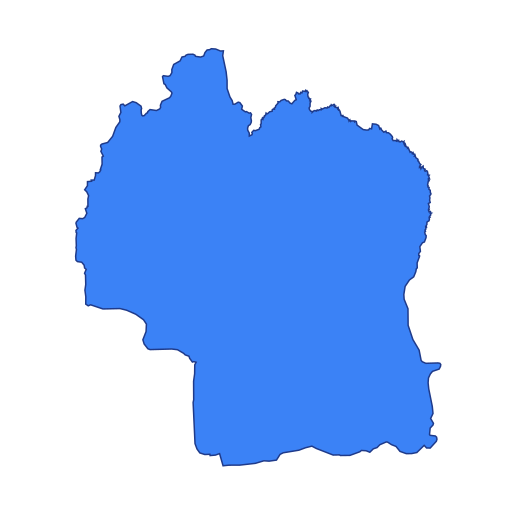 Khiri Mat, Sukhothai, Thailand, rotated 175°
{"feature_id": "78962969B829046276221", "entity_name": "Khiri Mat", "entity_type": "district", "adm_level": 2, "iso_a3": "THA", "parent_name": "Thailand", "parent_adm1": "Sukhothai", "projection": "natural_earth1", "projection_center": [99.689, 16.826], "detail": "fine", "context": "isolated", "style": "filled", "palette": "blue", "viewbox_px": 512, "rotation_deg": 175, "n_neighbors": 0, "source": "geoboundaries", "source_scale": "gbopen_adm2", "svg_char_len": 5983}
<svg xmlns="http://www.w3.org/2000/svg" viewBox="0 0 512 512"><g transform="rotate(175 256 256)"><path d="M76.9,315.9L77.1,316.5L77.6,316.4L77.5,317.9L76.4,317.7L77.1,320.7L76.4,321.4L78.0,322.0L77.6,323.0L77.9,325.5L78.7,326.1L80.1,325.7L80.6,326.7L79.9,327.7L81.7,328.7L81.7,331.0L83.1,330.2L84.1,328.6L84.4,330.2L85.4,329.9L85.2,331.1L83.8,332.7L85.0,333.9L85.8,336.3L86.5,336.7L86.2,338.2L88.3,340.1L88.6,341.8L89.4,341.7L88.8,342.9L89.0,343.6L90.3,343.7L90.5,345.2L91.4,344.5L91.7,345.8L92.6,346.3L93.4,345.9L94.8,350.2L95.6,350.0L95.3,351.1L96.6,351.5L97.0,352.4L97.7,352.2L98.4,353.7L97.4,353.8L97.6,354.8L98.0,355.5L98.7,355.1L99.1,356.1L98.7,357.2L99.3,356.9L100.9,357.8L102.4,357.1L103.6,357.5L103.8,358.8L104.8,358.4L105.4,359.6L105.9,358.1L107.1,358.9L109.3,359.0L110.2,360.9L109.6,361.8L109.8,363.1L111.5,365.6L113.3,367.2L115.3,367.5L115.7,369.1L117.9,368.2L120.1,370.9L120.4,372.4L121.0,372.6L121.6,371.9L122.5,375.3L124.9,376.8L128.5,377.5L129.8,372.6L131.7,373.2L132.8,371.8L134.8,371.8L138.2,372.6L143.9,377.6L144.4,381.2L145.6,381.8L146.1,381.1L146.6,382.0L149.4,382.3L149.9,381.8L150.4,382.9L151.3,382.4L151.0,383.4L151.7,383.1L152.8,385.4L157.0,387.4L157.1,388.1L157.8,387.7L158.0,388.5L159.0,388.5L159.7,392.8L160.3,394.2L160.9,394.1L161.2,396.4L161.7,395.8L161.8,396.8L162.8,396.7L164.3,397.5L163.7,398.3L165.0,398.5L164.4,399.5L165.0,400.3L167.3,399.3L167.8,400.0L168.1,399.2L168.8,399.4L170.5,397.6L171.7,398.2L172.3,397.2L174.4,397.7L177.1,396.6L178.2,397.3L178.3,396.0L180.1,396.2L181.4,395.5L181.9,396.1L183.2,395.8L183.2,395.2L185.4,395.8L187.5,394.2L187.4,395.1L188.9,395.5L190.0,397.3L190.2,398.8L189.1,400.4L188.8,403.6L187.9,405.2L188.8,405.8L188.1,406.4L188.7,407.0L188.1,407.7L189.6,408.3L189.6,409.4L190.3,410.0L190.4,412.8L189.6,414.3L190.9,416.3L191.7,415.5L192.2,416.6L192.8,415.7L195.2,416.3L196.1,414.5L197.3,415.1L198.0,413.6L199.6,413.8L199.9,414.7L201.4,415.5L202.3,413.4L203.3,412.6L202.3,408.2L203.8,407.6L207.0,404.5L208.6,405.2L210.4,407.6L212.2,407.9L213.1,409.2L214.2,409.6L217.4,408.8L218.9,407.5L220.7,407.8L220.7,406.4L223.3,403.9L223.8,402.3L225.1,401.6L224.9,400.6L226.2,400.8L227.0,400.4L227.3,398.8L229.8,398.5L232.0,396.8L232.7,396.7L233.5,397.5L234.1,395.6L235.4,394.9L235.3,394.2L236.4,393.0L236.8,393.5L237.6,392.9L237.3,391.4L238.4,391.7L239.0,391.1L239.3,387.3L240.0,386.7L239.9,384.2L241.1,383.5L241.8,382.0L245.8,380.9L247.3,381.4L249.4,379.5L249.0,378.2L249.4,377.2L252.2,376.1L252.0,379.0L253.3,382.1L253.2,384.2L252.2,386.5L250.4,387.4L249.2,389.4L248.8,391.0L249.1,394.3L248.1,397.4L249.0,399.1L250.4,398.9L252.9,400.7L254.0,400.5L257.5,403.4L256.5,406.6L258.7,410.2L260.3,410.8L263.8,409.1L265.6,409.2L266.2,412.9L268.1,416.7L270.2,425.3L269.5,433.6L269.7,442.1L271.7,458.4L270.6,463.2L273.5,463.3L278.1,465.7L282.5,466.4L284.1,465.6L286.8,465.5L289.1,463.1L290.7,459.8L293.9,459.0L298.9,460.2L299.3,461.4L301.2,462.5L306.2,462.8L308.2,462.2L309.2,461.1L312.4,460.7L314.6,457.0L321.3,454.0L323.6,449.1L323.8,446.1L325.8,443.2L327.8,442.6L332.6,443.7L333.5,442.8L332.7,435.6L331.5,434.8L330.1,431.2L326.1,427.0L325.5,425.6L326.9,422.7L328.3,421.2L336.1,418.3L338.1,414.5L338.1,412.3L339.1,410.9L342.5,409.6L348.8,411.1L351.2,409.3L351.6,408.1L352.7,407.8L355.1,405.6L356.6,405.4L357.4,406.0L357.8,408.0L357.7,411.6L357.1,412.8L357.5,415.3L362.0,419.2L365.5,420.6L373.6,417.0L375.1,418.9L377.4,418.6L378.4,417.2L378.1,410.8L380.4,407.1L379.7,403.6L380.0,401.5L384.4,396.3L388.4,387.7L393.9,382.0L399.7,381.0L401.1,380.0L401.3,378.9L400.4,376.0L401.4,373.8L399.4,368.8L400.8,368.0L401.3,360.9L403.6,355.5L403.2,355.2L404.3,353.5L405.8,352.5L408.6,352.9L408.9,350.0L410.6,345.7L413.5,346.0L413.3,344.8L417.4,344.8L417.8,340.7L420.9,336.9L419.0,334.7L417.5,330.7L418.5,327.4L419.1,320.1L419.8,320.2L420.2,318.7L421.9,318.0L420.8,313.3L423.3,309.3L425.4,308.3L428.8,308.9L432.1,305.4L432.5,304.3L431.8,300.2L430.9,299.3L433.1,297.2L433.1,295.1L432.6,294.6L433.7,289.3L434.1,281.8L434.6,280.0L434.3,278.2L435.7,271.5L435.7,267.5L434.4,266.0L430.2,265.0L428.0,261.8L427.8,259.0L426.3,257.5L428.3,253.7L427.5,252.0L428.1,242.4L429.4,236.9L429.1,230.2L429.8,222.9L427.5,221.0L425.0,221.8L413.1,216.6L396.1,215.5L389.7,213.3L380.9,208.5L373.6,202.3L371.1,197.7L372.1,190.3L376.0,182.4L375.1,178.1L371.8,173.0L369.7,172.0L348.1,170.7L342.4,169.5L336.5,165.3L335.2,163.7L331.5,162.0L331.0,159.8L328.6,155.9L327.1,156.2L324.9,155.4L326.5,152.9L327.4,144.0L329.1,136.6L330.6,118.2L331.4,115.6L333.1,74.4L331.6,68.9L329.1,64.7L324.3,62.7L319.2,62.5L319.1,61.2L313.8,61.2L309.5,62.3L307.1,49.9L301.2,50.0L290.5,49.1L274.7,49.5L266.0,51.3L260.8,50.5L253.4,50.9L249.3,56.3L246.0,57.6L230.2,58.8L223.3,60.7L216.9,61.7L212.7,59.0L196.5,51.0L190.3,50.6L189.2,49.9L179.8,49.2L169.7,51.9L167.9,53.1L163.3,52.4L159.7,50.6L155.9,53.7L152.1,54.6L149.1,57.2L142.5,59.4L141.1,59.1L137.5,56.3L133.1,54.1L129.6,48.8L123.5,46.0L118.2,45.6L112.9,46.2L105.0,52.7L102.8,49.9L99.2,49.5L92.5,55.7L91.7,57.7L91.9,59.8L93.1,61.1L98.2,62.2L98.7,63.1L97.5,69.4L94.4,72.2L93.8,73.8L96.2,78.9L93.4,83.7L93.5,90.8L95.5,108.6L95.6,114.7L94.8,119.5L92.6,123.3L90.2,125.7L83.4,127.4L81.8,130.0L81.4,131.8L82.2,133.1L84.1,133.6L96.2,134.3L99.6,136.2L100.6,137.6L101.7,148.0L107.0,159.1L110.5,173.7L109.2,190.2L112.2,200.0L112.1,204.7L110.1,212.7L105.2,218.8L100.7,221.5L98.2,226.4L97.4,229.3L96.4,230.1L96.1,235.1L93.1,241.4L93.1,242.1L93.8,242.3L93.7,244.2L91.8,246.3L92.0,251.0L89.0,254.7L87.0,255.3L85.0,259.5L84.7,261.5L85.5,262.6L85.9,265.1L85.0,265.8L85.4,267.1L84.4,268.1L84.4,270.3L83.7,270.0L83.8,271.5L83.0,272.5L82.9,274.1L82.5,275.1L80.6,276.0L80.1,277.2L80.1,279.3L79.3,279.5L79.7,280.2L78.4,281.6L78.3,283.0L77.6,283.4L78.7,283.7L78.2,284.6L78.5,285.2L79.8,285.0L80.0,286.1L79.5,287.2L80.1,287.2L79.1,289.9L79.7,293.3L77.8,294.1L78.2,296.6L77.7,298.6L77.9,300.7L76.5,302.1L76.3,303.2L76.8,303.8L76.7,306.3L77.9,307.4L77.6,309.2L78.8,309.9L78.4,311.0L78.9,311.7L77.9,315.3L76.9,315.9Z" fill="#3b82f6" stroke="#1e3a8a" stroke-width="1.5"/></g></svg>